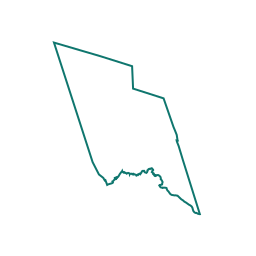 Palauli East, Palauli, Samoa, rotated 342°
{"feature_id": "51752279B87683289177764", "entity_name": "Palauli East", "entity_type": "district", "adm_level": 2, "iso_a3": "WSM", "parent_name": "Samoa", "parent_adm1": "Palauli", "projection": "orthographic", "projection_center": [-172.295, -13.729], "detail": "fine", "context": "isolated", "style": "outline", "palette": "teal", "viewbox_px": 256, "rotation_deg": 342, "n_neighbors": 0, "source": "geoboundaries", "source_scale": "gbopen_adm2", "svg_char_len": 2383}
<svg xmlns="http://www.w3.org/2000/svg" viewBox="0 0 256 256"><g transform="rotate(342 128 128)"><path d="M84.0,23.9L83.8,149.5L86.0,163.2L89.1,167.8L89.5,169.9L89.8,170.9L90.4,170.7L90.5,173.0L90.6,175.7L91.5,175.5L93.1,175.5L95.3,175.6L96.3,175.5L96.8,175.2L96.7,174.1L97.1,174.1L98.2,173.4L99.5,172.8L99.7,172.5L100.0,171.4L100.5,171.4L100.4,171.9L100.6,172.2L100.4,172.8L100.9,172.9L101.3,172.4L102.1,172.2L102.3,171.8L102.3,171.2L102.5,171.2L102.7,171.6L103.1,171.6L103.6,171.3L104.4,170.7L105.9,169.3L107.9,167.9L108.8,167.5L109.2,167.1L109.2,168.0L110.1,169.2L110.6,169.3L110.8,168.8L111.0,168.9L111.0,169.6L111.6,170.0L112.1,170.1L112.6,171.0L114.1,170.7L114.4,170.8L115.5,171.8L115.4,172.4L115.6,172.2L116.0,172.3L117.3,172.6L117.7,173.3L118.3,173.7L118.6,173.1L118.9,173.1L119.3,173.4L119.7,174.1L120.2,174.3L121.1,175.0L121.3,175.9L121.6,175.9L122.8,175.3L123.1,175.6L123.3,175.3L124.6,175.0L124.8,175.1L125.2,175.8L125.5,175.6L125.2,175.3L125.4,175.0L126.2,174.9L126.8,174.7L127.5,174.0L127.7,173.6L128.7,173.3L129.3,173.5L129.9,173.7L129.8,174.0L130.2,174.3L130.1,174.8L130.3,175.3L130.8,175.8L131.5,176.0L131.7,176.3L132.5,175.9L132.9,175.4L133.4,174.7L133.4,174.3L134.2,174.0L134.8,173.5L135.7,173.4L136.2,173.9L136.9,173.6L138.1,173.6L138.4,173.9L138.4,174.5L138.6,174.7L139.0,175.3L138.9,175.8L138.1,176.0L138.0,176.5L137.4,177.0L137.5,177.4L137.2,177.5L137.6,178.2L137.8,178.8L138.3,179.0L138.4,179.3L137.8,179.7L138.1,180.2L138.5,181.6L138.9,182.1L139.2,182.2L139.9,182.1L140.1,181.9L140.1,181.5L140.8,181.9L141.2,181.8L141.9,182.0L142.5,182.3L143.7,184.3L143.7,185.9L143.3,186.9L143.7,187.5L144.0,188.6L144.2,190.1L143.2,191.6L143.0,192.2L142.1,192.3L141.2,192.1L140.5,192.0L140.0,192.3L140.6,194.4L141.3,195.0L142.1,195.2L142.4,195.7L143.3,195.7L144.5,196.1L145.6,196.6L146.1,197.1L146.0,198.1L146.2,199.6L146.9,200.8L147.2,202.0L147.9,204.0L148.5,204.7L149.1,205.3L150.2,205.8L151.2,206.4L152.4,206.7L153.4,207.3L154.2,207.7L156.6,212.2L158.0,213.9L158.8,215.4L160.1,216.8L162.3,219.8L163.3,220.8L164.3,222.3L164.6,223.8L164.5,225.7L164.5,227.1L165.1,228.7L165.9,229.6L166.9,229.9L167.8,231.0L169.3,232.0L169.7,232.1L170.3,175.4L170.6,160.9L170.3,156.1L170.4,154.8L171.4,155.2L171.4,154.5L172.2,149.6L171.9,144.7L171.6,141.3L171.0,110.8L145.0,92.1L151.0,70.5L123.8,51.1L114.6,44.8L107.7,40.1L84.0,23.9Z" fill="none" stroke="#0f766e" stroke-width="2"/></g></svg>